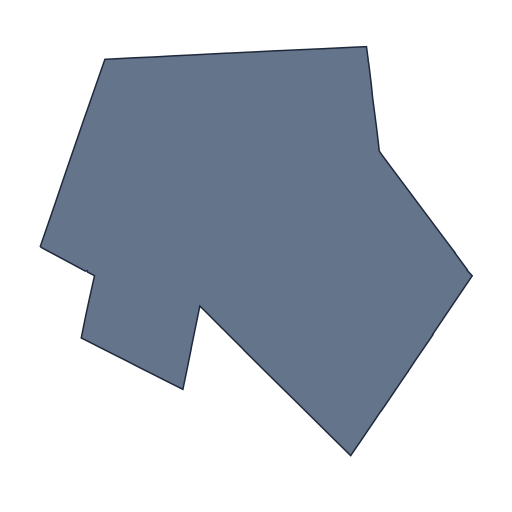 outline of Viziru, Braila, Romania, rotated 87°
{"feature_id": "2599482B41463898366157", "entity_name": "Viziru", "entity_type": "district", "adm_level": 2, "iso_a3": "ROU", "parent_name": "Romania", "parent_adm1": "Braila", "projection": "robinson", "projection_center": [27.708, 45.019], "detail": "fine", "context": "isolated", "style": "filled", "palette": "slate", "viewbox_px": 512, "rotation_deg": 87, "n_neighbors": 0, "source": "geoboundaries", "source_scale": "gbopen_adm2", "svg_char_len": 1594}
<svg xmlns="http://www.w3.org/2000/svg" viewBox="0 0 512 512"><g transform="rotate(87 256 256)"><path d="M235.1,470.9L235.4,470.7L236.0,470.2L237.6,467.8L249.1,448.7L262.2,427.2L261.8,425.3L263.3,425.0L267.2,418.3L287.3,423.9L307.9,429.5L328.7,434.8L338.7,417.4L346.4,404.0L354.6,389.6L362.1,376.8L369.6,363.6L369.8,363.3L374.8,354.6L385.4,336.0L366.0,330.9L345.4,325.6L344.6,325.5L303.0,314.7L313.8,304.9L326.9,293.2L327.1,292.9L337.7,283.4L348.7,273.4L349.1,273.3L384.1,241.5L405.0,222.3L432.3,197.5L437.8,192.5L448.4,182.8L460.3,171.9L459.1,171.0L446.7,161.5L434.8,152.5L426.4,146.1L417.9,139.8L417.6,139.3L415.9,138.0L414.3,136.8L412.2,135.1L410.3,133.7L390.4,118.7L379.8,110.6L379.5,110.2L378.6,109.7L378.2,109.5L374.0,106.3L369.2,102.8L344.0,83.5L343.7,83.8L317.5,64.1L290.1,43.4L288.5,42.2L287.1,41.1L285.9,42.1L283.5,44.1L281.4,45.9L281.0,45.6L274.0,50.2L272.5,51.2L263.2,57.3L263.0,57.1L258.5,60.2L241.3,71.8L195.3,102.5L173.8,116.9L171.8,118.2L165.6,122.3L163.7,123.6L161.7,124.9L157.7,127.4L147.6,128.0L135.3,128.8L103.2,131.3L101.2,131.4L92.4,131.8L90.1,131.9L86.3,132.2L80.1,132.6L73.9,133.0L68.3,133.5L67.8,133.6L67.5,133.8L66.2,133.7L65.6,133.7L65.3,133.7L63.2,133.9L59.2,134.2L52.7,134.7L52.7,136.0L52.6,147.4L52.5,174.3L52.5,179.3L52.4,189.4L52.4,193.1L52.3,199.6L52.3,205.4L52.2,218.1L52.1,227.1L52.1,245.5L52.0,264.0L52.0,273.1L51.9,273.2L51.9,309.5L51.9,309.9L51.8,328.5L51.9,346.7L51.7,367.1L51.7,380.8L51.7,395.5L51.7,396.6L100.4,416.5L109.3,420.2L154.6,438.5L165.8,443.0L193.9,454.2L225.8,467.1L235.1,470.9Z" fill="#64748b" stroke="#1e293b" stroke-width="1.5"/></g></svg>